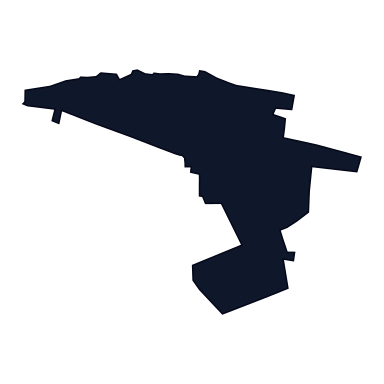 outline of City of Tomok, Chuy, Kyrgyzstan
{"feature_id": "92254566B71058624193805", "entity_name": "City of Tomok", "entity_type": "district", "adm_level": 2, "iso_a3": "KGZ", "parent_name": "Kyrgyzstan", "parent_adm1": "Chuy", "projection": "natural_earth1", "projection_center": [75.292, 42.818], "detail": "fine", "context": "isolated", "style": "filled", "palette": "ink", "viewbox_px": 384, "rotation_deg": 0, "n_neighbors": 0, "source": "geoboundaries", "source_scale": "gbopen_adm2", "svg_char_len": 1290}
<svg xmlns="http://www.w3.org/2000/svg" viewBox="0 0 384 384"><path d="M23.0,103.8L27.6,105.7L31.1,106.1L41.5,107.4L55.1,109.1L52.2,120.7L58.8,123.4L61.5,110.4L62.4,110.7L97.4,124.4L118.2,132.0L133.8,137.7L135.4,138.4L160.5,148.1L175.6,153.8L179.9,155.1L182.4,155.4L183.0,156.2L183.8,157.1L185.1,158.3L184.7,159.1L185.1,162.6L185.2,166.7L190.7,166.7L191.3,167.5L191.1,169.6L190.9,169.7L190.8,172.2L195.2,173.2L198.0,173.8L199.5,174.3L199.6,179.4L199.5,184.8L199.5,195.9L202.7,196.4L205.5,203.4L221.4,203.3L242.0,245.1L192.6,265.4L193.1,280.3L199.6,289.5L222.5,313.9L269.1,295.8L287.9,288.2L283.1,259.0L293.4,260.7L294.6,252.4L287.1,252.3L282.7,239.1L279.9,230.1L286.9,227.4L296.6,221.1L308.4,212.1L309.2,191.4L311.7,166.5L356.8,171.7L361.0,157.1L317.1,145.2L283.2,137.8L284.4,128.2L285.3,118.8L272.8,114.5L275.5,108.1L291.7,109.5L294.2,95.5L282.3,92.9L275.6,91.8L268.6,90.6L256.6,88.8L244.1,86.8L236.5,85.6L232.9,84.4L229.5,83.2L216.7,78.2L204.9,71.7L199.7,70.8L198.7,74.6L196.9,76.9L184.6,76.2L177.9,74.3L168.5,73.7L160.0,74.0L154.0,73.2L152.6,74.8L145.1,73.9L137.3,70.1L132.9,70.9L131.4,74.4L119.5,79.8L116.4,74.3L100.8,73.0L96.3,76.7L87.5,77.5L80.6,77.2L79.3,78.8L65.9,80.9L50.2,86.4L25.2,90.3L25.0,101.2L24.6,102.2L23.0,103.8Z" fill="#0f172a" stroke="#020617" stroke-width="1.5"/></svg>